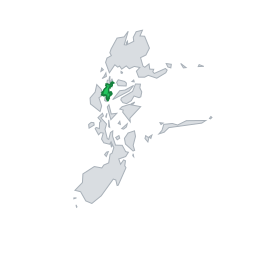 location of Leyte, Leyte, Philippines, rotated 216°
{"feature_id": "2640588B34650846802583", "entity_name": "Leyte", "entity_type": "district", "adm_level": 2, "iso_a3": "PHL", "parent_name": "Philippines", "parent_adm1": "Leyte", "projection": "mercator", "projection_center": [124.645, 10.874], "detail": "fine", "context": "in_parent", "style": "filled", "palette": "green", "viewbox_px": 256, "rotation_deg": 216, "n_neighbors": 0, "source": "geoboundaries", "source_scale": "gbopen_adm2", "svg_char_len": 7451}
<svg xmlns="http://www.w3.org/2000/svg" viewBox="0 0 256 256"><g transform="rotate(216 128 128)"><path d="M119.3,44.2L128.9,48.6L134.3,46.4L132.8,57.1L137.5,64.4L132.6,77.0L125.7,80.3L125.8,83.8L123.1,88.4L127.0,96.2L126.1,98.3L127.9,103.8L133.6,106.9L133.4,104.0L138.9,101.8L142.9,103.5L145.0,109.3L147.5,108.2L147.8,105.2L154.2,108.2L154.1,109.7L150.8,110.7L154.2,115.7L153.8,117.8L158.4,118.7L157.3,124.9L155.0,123.3L155.9,120.3L147.7,118.6L145.8,113.4L138.5,107.2L136.9,107.5L139.5,114.0L138.6,116.7L135.7,112.3L128.0,106.8L122.5,110.6L116.0,107.5L113.4,108.6L113.1,103.5L117.3,97.5L112.7,94.3L112.8,99.6L110.8,100.0L108.4,95.5L106.3,94.7L102.3,76.0L103.0,75.1L107.3,78.8L109.9,78.0L109.8,57.4L112.9,45.7L119.3,44.2ZM175.5,161.7L184.7,167.9L186.1,172.2L184.0,176.8L186.9,178.2L188.1,181.9L189.7,194.3L184.7,199.4L184.7,206.4L180.0,193.2L178.2,194.1L174.3,201.5L177.0,204.4L178.0,210.7L173.8,215.6L172.4,209.5L168.5,212.0L157.6,205.2L156.4,197.6L159.2,192.3L152.3,186.9L150.1,187.0L148.7,192.2L145.0,188.4L141.7,190.6L141.0,188.1L138.8,187.6L132.7,198.1L130.4,197.9L129.9,194.9L134.0,185.2L142.6,182.5L144.4,178.9L149.3,175.4L154.6,178.9L154.0,183.9L159.1,181.5L161.8,176.7L165.9,177.2L167.7,171.9L171.2,173.2L172.1,171.2L175.8,171.4L175.5,161.7ZM147.8,168.0L143.7,170.8L142.0,167.4L138.1,165.3L136.0,160.8L136.9,159.0L141.9,157.4L141.4,152.0L143.5,146.9L147.0,145.5L150.3,146.5L151.0,148.3L145.8,160.3L147.8,168.0ZM172.5,125.4L176.3,129.9L175.7,137.7L178.8,144.8L172.4,143.6L169.8,141.0L168.3,138.2L169.3,135.4L162.3,130.4L160.3,124.9L172.5,125.4ZM129.8,134.3L141.6,137.7L142.4,139.7L145.8,138.5L145.3,141.7L140.8,147.8L130.3,152.7L132.2,137.0L129.8,134.3ZM85.1,168.2L69.5,179.8L71.2,175.3L95.2,152.3L96.3,145.8L99.5,141.4L99.1,146.1L101.2,152.0L94.8,157.7L89.6,159.6L85.1,168.2ZM110.4,112.4L120.6,113.5L124.8,117.5L125.0,124.0L121.1,129.5L117.0,125.6L113.6,117.0L109.5,113.8L110.4,112.4ZM163.9,141.0L168.5,140.6L169.7,142.7L169.6,148.3L172.8,154.5L171.2,156.1L169.2,153.7L169.7,158.1L166.6,156.3L166.7,148.3L165.1,146.0L162.3,146.5L160.8,138.5L163.9,141.0ZM148.5,165.7L148.7,159.0L157.1,141.9L156.6,153.3L152.7,156.9L148.5,165.7ZM164.2,161.3L158.1,163.7L155.7,163.4L154.2,160.9L160.9,156.4L164.0,158.2L164.2,161.3ZM146.8,124.7L157.1,132.8L157.1,135.6L149.8,129.5L145.7,133.3L146.8,124.7ZM161.1,110.9L158.8,112.2L157.1,110.5L159.4,105.0L161.9,107.7L161.1,110.9ZM135.0,202.6L130.4,205.0L128.7,201.8L131.6,200.8L135.0,202.6ZM103.7,128.4L108.1,129.5L109.2,132.2L105.3,132.3L103.7,128.4ZM129.8,112.1L132.4,113.1L130.9,116.5L128.7,114.9L129.8,112.1ZM118.5,209.2L123.3,211.2L116.5,211.0L118.5,209.2ZM178.3,159.6L175.8,157.0L178.0,152.8L177.7,155.3L178.3,159.6ZM132.7,123.8L131.1,131.0L129.9,128.0L130.9,124.5L132.7,123.8ZM107.3,219.0L107.7,221.1L102.9,222.4L107.3,219.0ZM131.3,92.7L131.2,95.9L130.0,97.3L128.8,92.2L131.3,92.7ZM139.9,148.9L137.8,153.0L137.8,150.6L139.9,148.9ZM105.7,133.4L104.5,136.4L103.4,133.0L105.7,133.4ZM164.4,139.0L162.8,139.1L161.2,136.7L163.1,136.5L164.4,139.0ZM138.6,125.9L138.6,128.6L136.3,126.4L138.6,125.9ZM184.5,161.1L182.1,160.6L183.2,157.8L184.5,161.1ZM144.3,117.7L148.4,123.2L143.2,117.8L144.3,117.7ZM105.3,151.1L102.5,152.6L103.3,150.2L105.3,151.1ZM152.1,167.9L151.6,170.2L150.1,169.0L152.1,167.9ZM152.8,124.3L153.7,127.6L151.7,123.5L152.8,124.3ZM67.7,186.0L66.3,185.9L66.6,183.9L67.7,183.6L67.7,186.0ZM166.9,169.7L165.1,169.8L164.9,168.6L166.0,168.4L166.9,169.7ZM179.5,198.0L178.2,196.5L178.6,195.1L179.5,195.8L179.5,198.0ZM107.9,108.4L108.7,110.2L106.5,108.1L107.9,108.4ZM172.4,157.0L173.1,159.4L171.1,156.5L172.4,157.0ZM130.7,39.6L128.6,41.2L130.2,38.9L130.7,39.6ZM133.1,105.4L130.3,103.9L130.4,103.0L133.1,105.4ZM123.1,33.6L124.9,35.3L122.9,34.2L123.1,33.6Z" fill="#d9dde1" stroke="#a8b0b8" stroke-width="1"/><path d="M171.6,150.7L171.3,150.4L171.3,150.2L170.8,149.9L170.8,149.7L170.9,149.4L170.6,149.3L170.5,149.2L170.3,149.2L170.2,149.2L169.9,149.2L169.7,149.0L169.7,148.9L169.5,148.6L169.4,148.0L169.5,147.5L169.6,146.8L169.8,146.4L169.9,145.5L169.9,144.9L169.9,144.6L169.7,144.2L169.7,143.7L169.5,143.4L169.7,142.9L169.8,142.3L169.7,142.4L169.6,142.6L169.5,142.3L169.5,142.2L169.4,142.2L169.2,142.1L168.9,141.8L169.0,141.5L168.9,141.3L169.0,141.1L169.0,140.9L169.0,140.6L169.0,140.4L169.1,140.5L169.1,140.2L169.1,140.3L168.8,140.3L168.8,140.2L168.6,139.9L168.5,140.1L168.3,140.1L168.2,139.9L168.1,140.1L168.1,140.3L168.0,140.2L168.0,139.9L167.9,139.7L167.8,139.8L167.8,140.0L167.7,140.0L167.7,139.9L167.5,140.0L167.3,139.8L167.2,139.9L167.0,140.0L166.9,140.0L167.0,140.1L166.9,140.2L166.9,140.4L166.7,140.6L166.5,140.9L166.4,140.9L166.4,141.0L166.1,141.2L165.9,141.1L165.8,141.3L165.7,141.3L165.6,141.5L165.4,141.5L165.2,141.5L164.9,141.6L164.7,141.6L164.4,141.5L164.4,141.4L164.2,141.5L164.1,141.4L164.1,141.5L163.6,141.0L163.6,140.6L163.4,140.2L163.5,139.9L163.3,139.7L162.8,139.6L162.7,139.5L162.8,139.5L162.7,139.4L162.7,139.5L162.5,139.9L162.7,140.0L162.7,140.3L162.8,140.5L162.7,140.4L162.7,140.5L162.6,140.3L162.4,140.2L162.2,139.8L162.2,139.7L161.8,139.3L161.8,139.2L161.6,139.1L161.3,138.7L161.2,138.7L160.8,138.2L160.6,138.1L160.4,138.4L160.2,138.5L160.3,139.0L160.4,139.4L160.5,139.5L160.6,139.9L160.6,140.0L160.8,140.1L161.0,140.1L160.9,140.3L160.8,140.5L161.1,140.5L161.2,140.8L160.9,140.7L160.9,141.0L161.0,141.1L160.9,141.2L161.0,141.4L161.2,141.5L161.2,141.4L161.3,141.5L161.2,141.6L161.3,141.7L161.5,141.5L161.5,141.8L161.4,141.9L161.5,142.1L161.5,142.3L161.6,142.2L161.7,142.3L161.6,142.5L161.5,142.8L161.5,143.1L161.7,143.8L161.7,144.0L161.5,144.3L161.3,144.6L161.5,144.7L161.5,144.9L161.7,145.0L161.7,144.9L161.7,145.0L161.8,145.0L161.7,145.0L161.8,145.0L161.7,145.1L161.8,145.1L161.7,145.1L161.8,145.2L161.7,145.3L161.8,145.3L161.7,145.3L161.7,145.5L161.8,145.6L161.8,145.8L161.7,145.8L161.6,146.0L161.4,146.4L161.4,146.5L161.5,146.5L161.8,146.5L161.9,146.4L161.9,146.1L162.0,146.2L162.0,146.3L162.1,146.5L162.1,146.8L162.4,146.8L162.6,147.0L162.8,147.2L162.9,147.3L163.1,147.2L163.4,146.9L163.5,146.7L163.6,146.4L163.6,146.2L163.6,145.9L163.9,145.5L163.9,145.3L164.2,145.3L164.3,145.5L164.4,145.4L164.4,145.5L164.6,145.7L164.7,145.8L165.0,146.1L165.3,146.3L165.5,146.6L165.7,147.1L166.3,147.8L166.6,148.4L166.7,148.6L166.8,149.0L166.8,149.3L166.7,149.6L166.8,149.5L166.9,149.9L166.8,150.0L166.7,150.1L166.8,150.2L166.5,150.2L166.6,150.3L166.4,150.5L166.4,151.0L166.4,151.5L166.2,151.7L166.2,151.9L166.0,152.0L165.9,152.0L165.8,152.3L166.0,152.3L165.9,152.4L165.9,152.6L165.9,152.9L165.8,153.2L166.0,153.6L166.4,153.8L166.7,154.2L166.6,154.3L166.7,154.6L166.4,155.4L166.5,155.4L166.4,155.7L166.4,155.8L166.3,156.0L166.2,156.1L166.4,156.1L166.6,156.1L166.8,156.0L166.9,155.9L167.0,155.9L167.2,155.7L167.3,155.7L167.2,155.6L167.4,155.4L167.5,155.5L167.5,155.4L167.6,155.2L168.0,155.1L168.2,154.9L168.3,154.7L168.2,154.6L168.1,153.8L168.0,153.7L167.8,153.4L167.8,153.2L167.9,152.9L168.0,152.3L168.2,152.0L169.0,151.9L169.6,151.7L170.4,151.7L170.5,151.5L170.3,151.5L170.5,151.3L171.2,150.8L171.4,150.9L171.6,150.7ZM168.9,139.9L168.8,140.0L168.9,140.3L169.0,140.3L169.1,140.2L168.9,140.0L168.9,139.9ZM165.3,152.1L165.1,152.1L165.3,152.1ZM168.0,139.7L167.9,139.7L168.0,139.8L168.0,139.7ZM164.7,151.5L164.8,151.5L164.7,151.5ZM169.0,139.9L169.0,140.0L169.0,139.9ZM168.3,139.9L168.2,139.8L168.3,139.9ZM169.7,148.9L169.7,149.0L169.8,149.0L169.7,148.9ZM167.5,139.7L167.5,139.8L167.5,139.7ZM165.2,151.7L165.2,151.8L165.2,151.7L165.2,151.7Z" fill="#22c55e" stroke="#15803d" stroke-width="1.5"/></g></svg>